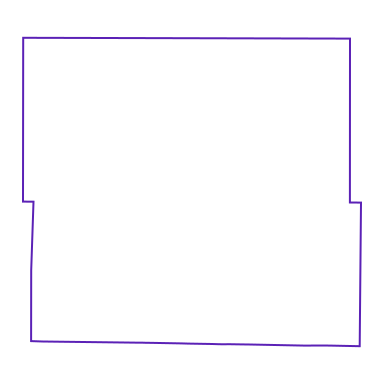 outline of Page, Iowa, United States of America
{"feature_id": "52423323B95233245971314", "entity_name": "Page", "entity_type": "district", "adm_level": 2, "iso_a3": "USA", "parent_name": "United States of America", "parent_adm1": "Iowa", "projection": "mercator", "projection_center": [-95.164, 40.738], "detail": "fine", "context": "isolated", "style": "outline", "palette": "violet", "viewbox_px": 384, "rotation_deg": 0, "n_neighbors": 0, "source": "geoboundaries", "source_scale": "gbopen_adm2", "svg_char_len": 514}
<svg xmlns="http://www.w3.org/2000/svg" viewBox="0 0 384 384"><path d="M154.0,342.9L181.4,343.4L188.2,343.6L212.3,344.0L218.5,344.2L219.6,344.2L219.8,344.2L222.0,344.3L228.9,344.2L241.7,344.4L249.5,344.5L304.7,345.6L322.8,345.5L330.9,345.6L359.7,346.2L361.0,202.6L349.9,202.5L350.0,38.6L23.2,37.8L23.0,201.6L33.5,201.7L31.2,270.3L31.1,341.1L42.7,341.5L58.6,341.7L140.2,342.7L142.2,342.7L143.1,342.7L146.1,342.8L146.5,342.8L147.3,342.8L147.5,342.8L154.0,342.9Z" fill="none" stroke="#5b21b6" stroke-width="2"/></svg>